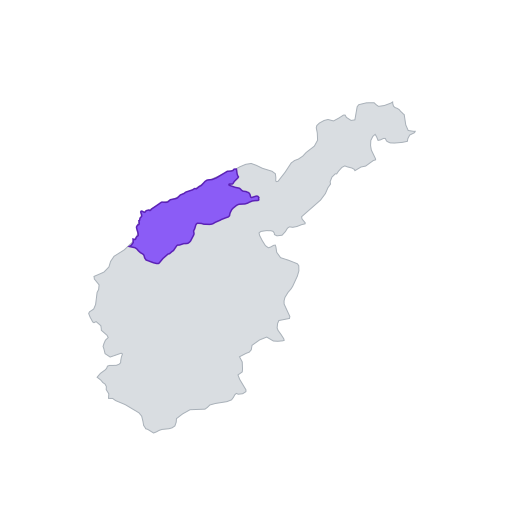 Kärnten highlighted on a map of Austria, rotated 144°
{"feature_id": "AUT-2325", "entity_name": "Kärnten", "entity_type": "State", "adm_level": 1, "iso_a3": "AUT", "parent_name": "Austria", "parent_adm1": "", "projection": "orthographic", "projection_center": [13.787, 46.758], "detail": "fine", "context": "in_parent", "style": "filled", "palette": "violet", "viewbox_px": 512, "rotation_deg": 144, "n_neighbors": 0, "source": "natural_earth", "source_scale": "10m", "svg_char_len": 6010}
<svg xmlns="http://www.w3.org/2000/svg" viewBox="0 0 512 512"><g transform="rotate(144 256 256)"><path d="M53.0,283.3L57.8,274.0L59.1,268.1L55.4,264.4L53.9,263.3L55.2,262.6L60.6,263.5L64.2,261.7L66.1,259.8L70.8,261.9L77.6,266.0L80.9,268.6L82.1,270.6L82.8,272.3L82.3,275.1L83.8,276.2L87.1,276.8L89.3,277.8L88.4,281.4L88.1,284.4L91.2,284.1L95.2,282.0L98.4,278.0L100.4,274.0L102.2,264.3L102.7,263.5L105.0,264.3L114.4,264.3L118.8,266.3L125.8,266.9L125.6,268.4L126.7,270.8L129.7,274.4L131.2,276.7L134.4,277.2L139.5,276.1L142.5,275.0L143.6,275.9L148.2,275.2L152.4,272.5L153.4,270.4L157.6,269.0L163.2,265.7L170.9,263.3L196.0,261.0L197.0,258.9L196.7,253.9L197.4,253.2L200.5,254.5L205.5,255.8L209.4,257.6L211.8,259.9L214.2,260.0L217.8,258.5L222.7,257.5L227.2,260.0L228.5,262.5L227.7,263.8L227.7,265.9L229.1,267.7L232.8,270.5L237.6,273.0L240.0,272.9L241.0,270.5L241.9,264.9L242.3,258.9L241.2,255.4L238.7,254.6L235.6,254.3L234.0,253.5L234.6,251.6L237.1,246.8L237.1,240.2L231.7,232.7L227.1,225.4L227.1,223.0L230.0,218.8L234.4,215.4L244.2,209.9L247.3,208.7L251.3,207.8L256.9,205.5L259.7,203.2L261.5,200.6L264.2,187.1L264.8,186.6L265.6,185.8L275.5,190.4L276.4,189.7L278.0,188.9L281.2,185.4L281.9,182.7L281.9,177.5L282.2,172.7L282.8,171.2L284.3,171.7L288.5,174.2L291.9,177.0L295.0,184.1L302.4,186.0L311.7,186.1L315.0,182.9L318.0,182.2L321.4,183.1L328.6,184.2L329.4,178.4L333.4,172.4L335.3,170.3L340.5,170.4L341.7,165.9L342.8,153.6L343.9,152.2L347.7,152.4L351.6,154.6L352.7,156.4L354.7,156.2L357.4,154.9L360.4,154.0L365.2,155.3L375.6,160.6L380.9,162.6L384.2,162.1L387.3,162.1L399.7,170.4L408.2,171.4L415.9,171.2L418.2,168.5L421.5,166.2L424.9,166.3L427.9,167.4L433.9,170.9L436.6,171.8L440.2,172.3L442.9,173.0L445.5,179.4L446.8,181.1L446.6,181.9L446.5,184.9L444.6,188.8L442.6,193.7L442.9,198.0L449.2,212.7L454.6,221.6L455.7,225.0L459.0,227.5L456.1,231.0L455.7,236.0L453.8,238.3L453.4,241.1L454.3,243.7L454.5,246.9L455.8,251.3L450.9,252.5L445.0,252.5L442.9,252.9L440.9,254.2L438.9,253.6L433.4,249.7L430.4,248.9L428.3,249.2L426.7,251.1L424.1,253.5L421.6,255.2L422.2,256.6L433.4,260.0L435.5,265.7L433.6,270.4L432.9,272.7L430.4,274.6L427.3,276.4L423.5,276.9L423.1,279.4L424.8,286.8L423.7,288.5L422.5,290.8L423.9,296.9L426.3,297.3L426.9,298.7L426.5,301.2L426.2,303.8L425.5,306.6L425.1,307.9L423.5,308.7L418.5,308.5L414.3,311.0L406.0,319.9L403.0,321.4L399.9,324.9L400.3,332.5L399.8,333.2L399.1,334.7L388.7,332.4L388.3,332.4L381.4,333.6L376.8,337.1L371.0,339.2L359.0,338.4L347.2,339.9L344.5,341.0L341.4,341.6L338.6,343.7L337.0,346.5L334.1,350.2L330.0,353.0L325.5,355.2L324.4,357.1L322.9,358.1L320.4,356.8L318.3,356.9L315.8,356.0L307.5,355.0L298.4,353.4L294.0,351.8L289.1,350.6L283.7,349.5L279.0,349.3L276.6,348.8L265.2,346.0L257.7,345.8L247.7,344.5L228.0,340.1L222.3,338.3L216.8,337.7L210.4,336.2L205.5,333.7L202.4,329.1L199.2,323.1L193.2,315.1L192.0,311.1L193.9,307.7L195.9,305.2L195.7,304.1L194.2,303.5L183.4,306.6L172.8,310.6L168.7,310.6L164.8,309.5L159.5,309.3L154.4,310.3L144.2,310.6L138.1,313.5L134.1,319.5L131.9,324.3L130.1,325.8L126.5,326.3L121.2,325.6L117.5,324.1L113.9,319.7L108.0,318.9L102.5,318.6L101.1,317.7L101.4,315.0L99.4,309.8L96.0,308.0L86.4,317.3L83.9,318.0L76.6,315.0L70.4,310.6L69.8,307.5L68.9,305.0L63.7,302.3L57.0,300.4L54.9,300.3L55.8,298.9L56.7,296.4L56.3,294.4L54.9,292.3L54.1,290.1L54.0,288.0L53.6,286.2L53.4,284.6L53.0,283.3Z" fill="#d9dde1" stroke="#a8b0b8" stroke-width="1"/><path d="M222.7,339.1L222.2,338.9L221.2,338.1L220.8,337.9L221.0,337.3L222.9,333.8L223.3,332.7L223.6,331.7L223.7,330.3L224.9,329.8L229.7,329.1L231.9,328.2L232.6,328.1L233.1,328.3L235.1,329.8L235.5,329.9L235.9,329.7L236.0,329.5L236.0,329.3L236.1,329.0L235.7,328.4L232.5,323.8L230.1,321.2L229.5,320.4L229.2,319.1L229.1,318.1L228.8,317.0L228.4,316.1L227.7,315.4L227.2,315.0L226.1,313.9L225.7,313.0L225.1,312.3L224.8,311.6L224.6,310.9L224.6,310.5L224.6,310.2L224.7,309.6L224.8,309.0L225.5,307.4L225.6,306.5L225.2,305.9L220.5,304.3L219.8,303.7L219.4,303.1L219.3,301.6L220.0,301.1L220.2,300.9L220.4,300.7L220.5,300.2L220.7,299.8L221.0,299.7L221.5,299.7L222.2,300.0L224.3,301.4L226.7,302.7L230.0,303.5L231.7,303.7L234.3,304.6L238.6,307.4L239.5,307.9L240.5,308.2L242.1,308.4L246.2,308.2L248.3,307.8L251.1,306.4L252.4,305.5L253.7,304.2L254.5,304.0L255.5,303.9L257.7,304.6L262.6,305.9L263.8,306.0L269.2,307.2L271.6,307.4L273.0,307.8L274.9,308.8L279.5,312.4L281.1,314.5L283.2,316.2L283.9,316.8L284.4,317.0L285.4,316.9L286.3,316.6L289.7,314.0L291.7,313.0L292.5,311.6L292.7,311.0L293.0,310.6L293.4,310.1L294.3,309.5L300.1,306.6L301.7,306.3L303.6,306.3L305.0,307.0L307.2,308.5L311.0,309.7L312.0,310.1L312.5,310.6L312.7,310.8L313.1,310.9L314.1,310.9L319.6,308.9L321.0,309.0L324.6,308.7L326.0,309.3L332.7,308.7L338.6,307.2L339.4,307.3L340.0,307.7L340.8,308.3L343.0,310.9L347.3,317.4L347.2,319.8L346.9,320.7L346.6,321.4L346.3,322.4L346.2,322.9L346.3,323.6L346.6,324.6L347.5,326.5L348.1,329.3L348.3,331.9L349.0,333.8L352.4,337.6L352.9,338.2L351.8,338.1L350.5,338.0L347.4,339.1L345.5,342.0L344.4,340.5L343.6,340.4L342.8,340.9L341.7,341.6L340.6,341.8L339.8,341.7L339.1,342.0L338.2,343.4L337.6,344.7L337.2,346.0L336.8,347.2L336.3,348.5L335.8,349.5L335.5,349.8L334.3,350.4L333.0,350.6L332.5,350.3L331.6,350.7L331.2,351.1L331.0,351.6L330.4,352.4L330.0,353.4L329.6,353.3L329.2,353.3L327.9,354.5L327.4,354.9L326.8,355.0L325.6,355.2L325.1,355.4L324.3,356.6L323.9,358.1L323.6,358.8L323.4,359.4L322.4,359.8L321.7,359.1L321.1,357.7L320.3,356.7L318.4,357.2L317.5,357.0L316.8,356.7L315.8,356.3L315.5,355.9L315.4,355.5L315.1,355.1L314.5,355.0L312.7,355.4L306.1,355.2L301.1,355.1L300.4,354.9L297.3,352.3L296.5,351.9L295.7,351.6L294.7,351.6L293.7,351.8L292.9,351.9L292.0,351.8L287.0,349.5L285.3,349.2L281.8,349.8L281.1,349.8L277.5,348.9L276.6,348.9L275.8,349.0L275.0,348.9L268.4,346.8L266.1,346.7L265.7,346.4L264.9,345.5L264.5,345.4L261.2,345.6L258.8,345.2L253.3,346.3L251.1,346.2L250.0,345.7L246.5,343.6L242.1,342.5L229.4,341.4L226.3,339.4L224.9,338.9L224.5,338.7L224.1,338.8L223.2,339.1L222.7,339.1Z" fill="#8b5cf6" stroke="#5b21b6" stroke-width="1.5"/></g></svg>